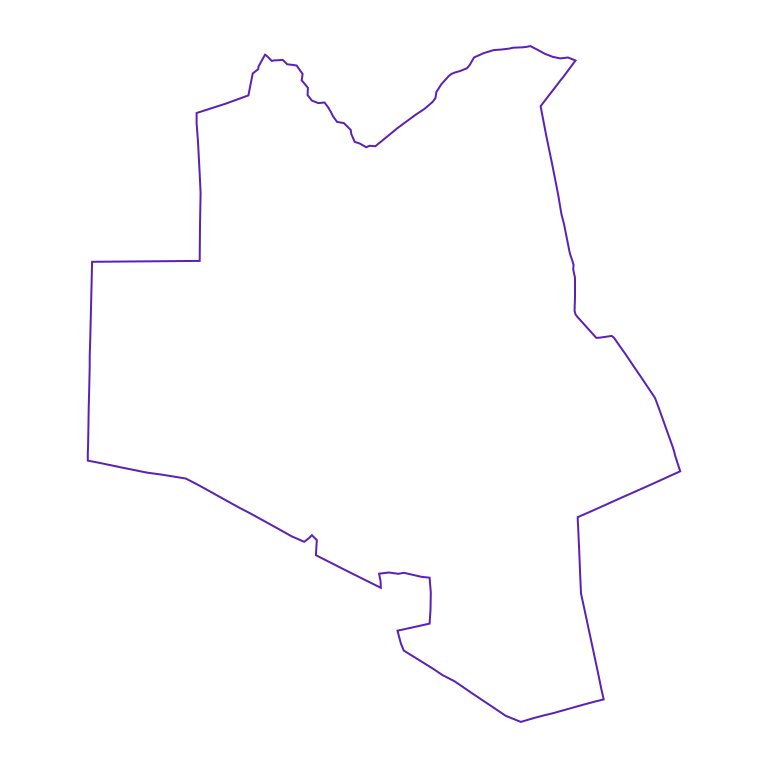 Bahati, Rift Valley, Kenya
{"feature_id": "3690345B12998672958499", "entity_name": "Bahati", "entity_type": "district", "adm_level": 2, "iso_a3": "KEN", "parent_name": "Kenya", "parent_adm1": "Rift Valley", "projection": "orthographic", "projection_center": [36.164, -0.224], "detail": "fine", "context": "isolated", "style": "outline", "palette": "violet", "viewbox_px": 768, "rotation_deg": 0, "n_neighbors": 0, "source": "geoboundaries", "source_scale": "gbopen_adm2", "svg_char_len": 2435}
<svg xmlns="http://www.w3.org/2000/svg" viewBox="0 0 768 768"><path d="M575.5,60.5L568.0,57.5L560.3,58.4L552.9,56.9L544.9,53.8L538.7,50.4L530.4,46.1L526.8,46.8L522.9,47.3L513.3,47.7L509.1,48.6L501.7,49.5L493.7,50.1L483.5,53.2L474.0,57.5L469.7,65.0L466.9,68.3L460.1,71.0L454.6,72.6L451.5,73.9L448.8,76.0L441.3,84.3L436.4,92.0L435.4,98.2L432.8,101.7L428.6,105.4L425.9,107.7L424.0,109.2L415.1,115.1L397.5,128.1L375.4,146.2L369.7,145.8L366.1,147.2L360.1,143.7L357.7,142.8L354.7,141.9L351.3,134.0L350.7,129.9L343.9,123.1L337.1,121.9L333.0,116.3L331.1,112.4L328.2,107.4L324.5,102.5L318.3,103.1L311.9,100.6L307.6,95.1L307.9,87.8L301.7,80.3L302.6,74.0L296.6,65.5L292.6,64.9L287.2,64.3L285.0,62.1L282.6,59.9L277.0,60.3L274.6,60.3L271.8,60.9L267.0,56.1L265.0,54.7L258.6,66.4L258.2,69.2L252.7,73.5L248.4,95.4L225.6,103.7L196.6,113.0L196.6,123.1L198.0,141.9L199.7,174.0L200.6,193.1L200.0,225.4L199.7,260.9L164.9,261.2L127.0,261.5L92.1,261.8L90.3,337.0L89.7,356.7L89.7,366.6L89.1,393.1L88.7,408.5L88.4,428.2L88.1,444.6L87.8,453.5L87.8,460.6L98.6,462.7L122.6,467.7L144.4,472.1L147.7,472.7L163.0,474.8L175.7,476.9L185.7,478.5L197.9,484.8L208.3,490.5L217.6,495.7L227.7,501.3L239.1,507.6L251.2,513.9L270.3,524.4L291.8,536.4L304.2,541.8L309.0,538.1L311.9,535.2L316.8,540.1L315.9,555.2L342.7,568.8L366.7,580.8L380.8,587.8L380.6,581.4L379.1,573.7L388.9,572.5L398.3,573.8L404.0,572.8L421.3,576.8L429.6,577.7L430.8,592.5L430.5,610.1L429.6,623.6L397.5,630.7L400.9,643.6L403.8,650.6L433.3,668.9L442.5,675.1L454.9,681.5L472.1,693.3L496.5,709.6L505.7,715.8L520.8,721.9L534.4,717.9L543.9,715.4L552.6,713.3L568.0,709.0L582.1,705.0L594.8,701.6L603.7,699.4L601.5,689.8L597.5,670.4L593.5,651.7L589.6,633.5L585.5,614.3L581.0,593.4L580.3,578.0L579.6,560.6L579.2,551.0L578.1,525.8L577.8,521.3L577.7,517.2L595.6,509.3L621.6,497.6L646.9,486.4L672.9,474.6L676.7,472.9L680.2,471.3L674.9,454.9L674.3,452.0L672.5,446.3L666.2,428.8L663.2,420.3L658.8,408.0L657.9,405.7L655.1,398.1L653.0,394.9L650.9,391.8L643.4,380.6L641.3,377.4L639.4,374.7L634.9,368.1L633.2,365.6L630.7,361.9L625.6,354.3L619.5,345.7L614.0,337.8L611.7,335.9L600.3,337.6L596.3,337.9L577.5,317.0L575.5,314.4L574.6,311.0L574.7,306.2L575.0,297.2L575.0,279.3L574.9,277.0L574.2,274.3L573.2,269.2L573.6,265.0L572.5,261.2L570.8,256.3L570.1,254.0L569.5,251.7L564.0,224.0L561.4,214.0L558.1,194.3L552.2,164.4L546.1,134.9L540.6,106.2L561.1,79.6L563.1,77.2L575.5,60.5Z" fill="none" stroke="#5b21b6" stroke-width="2"/></svg>